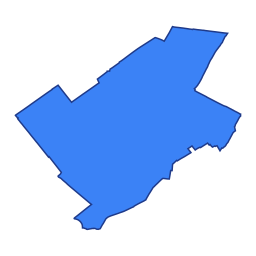 the district of Cuza Voda, Constanta, Romania
{"feature_id": "2599482B95027608371455", "entity_name": "Cuza Voda", "entity_type": "district", "adm_level": 2, "iso_a3": "ROU", "parent_name": "Romania", "parent_adm1": "Constanta", "projection": "equal_earth", "projection_center": [28.324, 44.307], "detail": "fine", "context": "isolated", "style": "filled", "palette": "blue", "viewbox_px": 256, "rotation_deg": 0, "n_neighbors": 0, "source": "geoboundaries", "source_scale": "gbopen_adm2", "svg_char_len": 4495}
<svg xmlns="http://www.w3.org/2000/svg" viewBox="0 0 256 256"><path d="M227.6,33.3L223.8,32.9L216.0,31.9L211.9,31.4L207.9,30.9L206.4,30.7L206.1,30.7L203.7,30.3L203.0,30.3L201.3,30.1L199.5,29.9L198.5,29.8L197.5,29.7L196.1,29.5L194.6,29.3L193.1,29.1L192.7,29.5L192.3,29.4L189.3,29.0L186.8,28.6L184.6,28.3L183.3,28.1L181.5,27.9L179.2,27.6L176.4,27.3L174.0,27.0L172.5,26.6L169.3,32.6L164.2,41.2L162.9,40.5L162.6,40.3L161.0,39.6L158.1,38.5L155.4,37.6L154.9,37.7L153.7,38.5L152.7,39.1L152.1,39.5L147.9,42.2L139.3,47.7L138.9,48.0L137.8,48.7L136.7,49.5L136.4,49.7L132.8,52.3L127.3,56.4L123.3,59.4L121.2,60.9L119.3,62.1L119.2,62.8L118.7,63.2L115.7,65.3L113.9,66.6L112.2,67.8L110.9,68.6L110.4,69.0L110.2,69.0L109.7,70.5L109.6,71.1L108.8,71.1L107.3,71.2L107.4,71.5L102.1,75.6L97.4,79.1L99.0,82.7L99.1,82.9L97.8,83.8L97.7,83.8L95.5,85.4L91.8,88.0L83.5,93.8L83.3,93.9L81.1,95.5L78.4,97.4L74.6,100.1L72.0,101.9L71.6,102.3L71.4,102.1L64.7,93.6L58.1,85.2L52.5,88.9L52.1,89.2L52.2,89.4L46.7,93.2L39.5,98.3L36.1,100.7L31.0,104.3L28.7,106.0L21.8,110.8L16.6,114.4L15.9,114.9L15.5,115.2L15.4,115.3L15.5,115.5L17.1,117.3L17.5,117.7L18.0,117.9L18.2,118.0L18.0,118.4L17.7,118.7L18.4,119.7L19.6,121.1L20.3,122.1L21.3,123.3L21.9,124.0L22.1,124.2L22.3,124.4L22.5,124.7L22.6,124.9L22.9,125.2L23.0,125.3L23.4,125.9L25.2,128.1L25.6,128.6L28.5,132.1L31.0,135.3L34.1,139.1L35.3,140.6L36.5,142.1L36.8,142.4L48.3,156.8L48.5,157.1L49.0,156.6L49.8,157.6L57.0,166.8L61.3,172.3L60.5,173.9L59.3,175.0L58.2,175.9L58.1,176.4L58.2,176.6L58.6,177.1L59.6,177.6L60.5,178.1L61.2,178.6L63.1,180.4L66.2,183.0L66.7,183.5L67.5,184.3L70.5,186.9L71.7,187.9L74.8,190.5L79.2,194.2L85.3,199.3L87.8,201.4L90.3,203.5L91.2,204.2L91.5,204.4L90.7,205.1L87.7,207.4L84.7,209.8L77.7,215.4L74.5,217.9L74.2,218.3L74.2,218.6L74.5,218.8L75.0,218.9L75.7,219.0L76.4,219.2L77.0,219.4L77.6,219.6L78.5,220.1L79.6,220.9L80.5,221.8L81.1,222.6L81.7,223.6L82.1,224.5L82.3,225.3L82.4,226.1L82.5,227.3L82.5,227.9L83.3,227.9L85.5,228.6L86.0,228.6L86.2,229.0L86.5,229.2L87.2,229.4L87.9,229.3L89.9,228.9L91.3,228.7L92.1,228.4L93.1,228.6L93.7,228.3L95.3,228.5L96.4,229.1L97.0,229.2L98.2,229.3L100.2,228.7L102.4,224.7L102.7,224.3L103.3,223.4L104.5,221.3L105.7,219.1L106.0,218.7L107.3,217.6L108.0,217.1L108.8,216.7L110.0,216.2L110.7,215.9L111.3,215.7L116.9,213.8L124.4,211.1L125.4,210.6L126.3,210.2L128.8,209.0L131.9,207.5L133.6,206.8L134.2,206.1L134.3,206.0L134.7,205.8L137.9,204.0L141.6,202.1L142.5,201.7L144.4,200.7L144.5,200.6L144.9,200.3L145.7,200.0L145.8,199.9L145.9,199.6L146.0,199.4L146.5,198.5L146.7,198.1L146.8,197.8L146.9,197.7L147.6,196.5L147.7,196.4L148.2,195.4L148.9,194.3L149.0,194.0L149.5,193.3L150.2,192.2L152.3,188.8L152.9,187.8L153.2,187.4L153.6,187.0L154.3,186.5L154.4,186.3L154.8,185.9L156.0,184.7L157.4,183.4L158.5,182.3L159.4,181.4L160.7,180.2L161.5,179.4L162.0,179.1L162.2,178.8L162.7,178.5L162.8,178.4L163.0,178.4L164.1,178.5L165.8,178.7L167.3,178.9L169.3,179.0L170.0,174.8L170.7,170.5L172.1,170.6L172.6,164.1L173.2,163.7L175.4,161.6L176.6,160.4L177.2,160.9L181.1,158.5L184.7,156.5L187.6,154.7L190.9,152.7L191.0,152.6L190.3,151.7L187.9,148.7L192.0,146.0L193.5,147.9L195.0,149.7L195.2,150.0L196.6,149.0L198.0,148.2L198.7,147.8L199.9,147.3L200.0,147.4L200.2,147.6L200.5,147.6L204.1,145.3L207.6,143.1L209.2,145.1L210.1,144.5L211.4,146.2L212.5,147.1L214.8,146.0L215.3,146.4L217.0,145.7L220.0,150.8L221.8,148.0L222.6,148.2L222.9,148.1L223.6,147.3L224.1,147.0L224.6,146.7L225.7,145.6L226.6,143.9L228.0,142.3L228.9,140.4L230.0,138.5L230.6,137.3L231.9,134.9L232.8,133.1L234.0,131.8L235.0,131.1L235.4,130.8L234.5,126.7L234.9,126.4L235.1,125.9L235.2,125.4L235.4,124.6L235.5,124.3L235.8,123.9L236.4,122.9L237.8,120.4L238.7,118.6L239.6,117.1L240.3,116.3L240.6,116.1L240.6,114.8L240.3,114.4L240.5,114.1L240.0,113.9L237.5,112.5L237.3,112.4L235.1,111.3L226.3,106.6L225.8,106.4L225.3,106.3L223.6,105.7L221.2,104.5L217.4,102.6L212.8,100.2L206.8,97.1L206.7,96.9L204.0,95.5L199.9,93.4L197.5,92.2L195.2,90.9L194.9,90.7L194.8,90.3L195.1,89.6L194.9,89.2L194.4,88.7L195.8,87.4L197.6,85.3L198.6,83.6L199.3,82.8L199.8,81.7L200.5,80.6L201.9,77.9L202.8,75.8L203.3,74.9L205.1,71.4L206.3,69.0L206.9,68.0L207.6,66.7L208.3,64.7L209.2,62.9L209.4,62.3L209.9,61.3L210.4,60.4L210.9,59.5L211.7,58.3L212.0,57.9L212.1,57.6L212.7,56.6L214.3,53.7L215.2,52.1L215.9,51.1L216.9,49.7L218.2,48.0L219.0,46.9L219.6,46.2L220.0,45.7L220.5,44.9L221.0,44.0L222.2,42.6L222.4,42.3L222.7,41.5L222.7,41.4L225.1,36.5L226.0,35.8L226.8,34.5L227.6,33.3Z" fill="#3b82f6" stroke="#1e3a8a" stroke-width="1.5"/></svg>